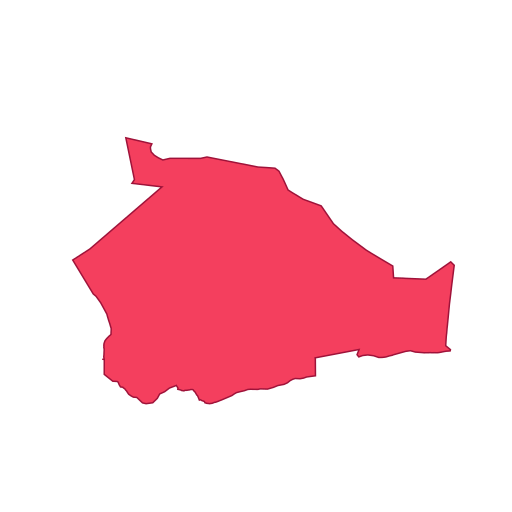 Santa Catarina Quiané, Oaxaca, Mexico, rotated 250°
{"feature_id": "50627088B32470914546985", "entity_name": "Santa Catarina Quiané", "entity_type": "district", "adm_level": 2, "iso_a3": "MEX", "parent_name": "Mexico", "parent_adm1": "Oaxaca", "projection": "equal_earth", "projection_center": [-96.743, 16.88], "detail": "fine", "context": "isolated", "style": "filled", "palette": "rose", "viewbox_px": 512, "rotation_deg": 250, "n_neighbors": 0, "source": "geoboundaries", "source_scale": "gbopen_adm2", "svg_char_len": 3076}
<svg xmlns="http://www.w3.org/2000/svg" viewBox="0 0 512 512"><g transform="rotate(250 256 256)"><path d="M123.1,270.9L139.1,276.6L139.8,276.7L139.8,276.8L140.1,276.9L140.0,277.1L132.9,320.9L128.7,317.2L126.0,318.1L126.0,322.2L124.8,327.2L122.0,332.5L118.7,336.6L118.2,337.9L117.4,340.4L117.0,342.1L116.7,343.6L116.6,345.3L116.5,347.3L116.1,350.1L116.2,351.2L115.2,364.1L114.2,368.7L111.2,372.9L111.1,373.2L107.6,380.8L106.1,385.1L105.7,386.4L105.4,387.2L105.0,388.0L104.7,388.9L104.2,390.4L103.6,391.9L103.4,392.4L103.0,393.6L102.7,394.8L102.5,396.0L102.3,397.1L102.2,397.9L102.1,398.6L102.0,399.2L101.8,400.5L101.6,401.4L101.6,401.8L100.6,405.2L100.4,406.0L101.5,406.7L106.8,403.6L109.4,404.7L114.9,407.1L117.2,408.2L117.7,408.5L122.9,410.9L125.3,412.1L132.6,415.6L145.0,421.5L153.6,425.9L160.8,429.5L179.5,439.1L183.9,437.0L182.8,433.0L176.1,407.7L184.0,388.5L184.7,387.0L188.4,377.8L199.8,381.1L210.5,372.3L219.1,365.3L223.8,361.6L238.4,352.0L249.8,345.1L259.8,339.8L280.8,334.4L293.1,319.8L303.4,311.5L307.1,308.7L314.0,308.2L319.0,307.8L323.2,307.2L327.8,306.6L332.0,303.9L335.3,296.6L338.9,288.3L365.8,243.8L366.7,237.3L377.2,208.6L378.1,201.3L381.7,197.8L385.4,194.9L389.6,193.1L392.7,193.5L394.6,194.1L397.0,196.5L411.6,174.1L369.4,167.9L366.7,164.3L353.1,191.3L319.4,102.2L314.9,82.4L276.0,90.1L272.9,91.9L265.8,93.9L265.1,94.1L264.9,94.1L261.1,94.7L252.4,96.0L250.5,95.8L245.5,95.5L244.2,95.5L241.7,95.4L239.2,95.2L237.8,95.2L236.8,94.9L235.5,94.4L233.9,93.7L232.6,93.2L231.9,92.9L231.5,92.1L230.9,90.4L230.3,89.2L229.6,87.7L228.9,86.5L227.9,85.0L226.9,84.2L225.8,83.3L224.2,82.5L222.9,82.1L221.7,81.6L220.8,81.6L219.2,81.0L217.3,80.2L215.3,79.4L213.2,78.4L211.9,78.3L211.1,78.0L211.4,77.0L211.3,76.9L210.6,78.0L196.7,72.9L187.3,78.6L185.6,82.6L184.6,83.3L181.9,83.4L179.3,83.9L178.2,86.0L177.6,86.2L175.8,87.4L175.2,87.5L174.3,87.8L173.4,88.2L171.9,88.5L170.7,88.8L169.6,89.1L167.2,90.8L165.3,92.5L163.9,95.6L156.8,99.1L154.8,102.2L153.4,108.8L156.0,114.6L159.3,118.3L159.7,123.7L161.5,129.5L161.6,136.9L161.3,136.9L160.1,137.2L158.7,137.5L157.5,136.9L157.0,137.7L156.6,138.3L155.8,139.5L155.1,140.0L154.7,140.7L154.4,141.4L154.0,142.0L153.9,142.2L154.1,143.2L153.8,144.1L153.5,145.0L153.3,146.0L153.1,147.0L152.9,147.8L152.9,148.5L152.8,149.2L152.5,149.9L152.2,150.7L151.7,151.2L150.1,151.6L149.2,152.1L148.6,152.3L146.8,152.6L145.6,152.8L144.8,153.3L143.1,153.4L140.0,153.5L140.1,154.4L139.6,154.9L138.9,155.4L138.3,156.1L137.9,156.6L137.6,157.0L136.9,157.7L135.4,157.9L135.2,158.4L134.6,159.0L134.2,159.7L133.9,160.4L133.6,161.0L133.2,161.6L133.0,162.3L132.9,163.1L132.7,163.8L132.6,164.4L132.6,165.1L132.6,165.8L132.7,166.6L132.6,167.3L132.4,168.0L132.4,168.7L132.4,169.5L132.4,170.2L132.4,171.1L132.5,172.5L132.5,173.2L132.5,174.0L133.1,185.6L133.9,188.6L134.3,191.0L133.9,195.0L133.4,199.0L133.4,202.6L132.7,205.2L131.6,208.0L130.0,212.2L129.7,214.5L127.0,221.3L126.6,227.5L126.8,232.2L125.8,238.4L126.1,242.2L127.2,245.4L127.6,248.3L127.5,250.9L125.6,255.4L125.0,259.0L125.0,262.2L123.1,270.9Z" fill="#f43f5e" stroke="#9f1239" stroke-width="1.5"/></g></svg>